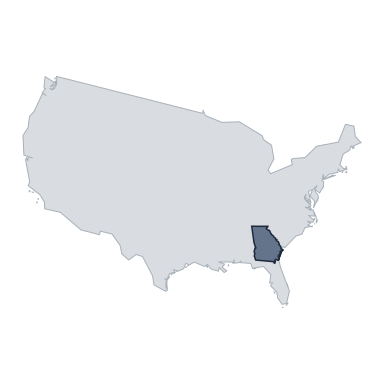 United States of America, with Georgia highlighted
{"feature_id": "USA-3543", "entity_name": "Georgia", "entity_type": "State", "adm_level": 1, "iso_a3": "USA", "parent_name": "United States of America", "parent_adm1": "", "projection": "albers", "projection_center": [-82.629, 32.682], "detail": "fine", "context": "in_parent", "style": "filled", "palette": "slate", "viewbox_px": 384, "rotation_deg": 0, "n_neighbors": 0, "source": "natural_earth", "source_scale": "10m", "svg_char_len": 8148}
<svg xmlns="http://www.w3.org/2000/svg" viewBox="0 0 384 384"><path d="M316.6,146.2L338.4,142.1L345.5,124.3L353.9,126.1L355.3,136.4L361.0,142.6L352.9,146.2L352.7,148.2L351.1,146.0L349.4,150.3L343.2,154.0L339.9,164.8L344.0,168.9L346.5,168.1L345.6,166.2L346.5,167.0L346.9,169.2L339.8,171.5L338.3,169.2L337.8,172.5L329.5,174.1L323.4,178.8L323.9,176.4L323.2,174.9L321.9,180.7L323.7,181.6L323.5,186.4L319.6,192.9L314.8,189.4L317.3,185.3L314.3,188.2L315.8,192.5L317.9,194.8L318.4,197.6L313.4,208.0L314.8,201.5L310.1,195.9L312.6,189.4L308.5,191.5L310.4,200.8L306.2,198.2L304.7,198.5L305.9,195.6L305.8,194.7L304.5,197.0L304.5,199.0L311.0,202.3L309.7,204.0L306.7,200.9L305.6,200.4L309.3,204.1L310.9,204.8L310.1,207.2L308.1,205.5L311.3,208.9L310.6,209.4L309.0,207.7L305.0,207.0L310.1,210.2L313.1,209.9L316.7,218.3L313.6,211.9L314.7,216.1L308.8,215.6L313.2,219.6L315.2,218.2L312.8,222.3L307.1,221.2L310.6,223.1L307.8,225.2L311.3,226.4L305.0,227.6L302.0,234.1L296.0,236.0L284.8,247.7L283.3,246.5L279.0,257.0L278.6,259.6L280.6,267.5L289.4,291.0L286.5,303.5L282.0,304.3L277.6,297.7L276.8,292.1L270.5,285.7L272.6,282.9L269.6,283.0L270.9,274.8L263.7,266.5L252.5,268.3L250.7,263.4L239.8,262.6L241.3,260.8L239.2,262.6L234.2,263.2L234.4,259.5L233.4,262.1L218.4,261.8L224.6,264.1L222.2,267.3L226.8,270.9L224.2,272.5L219.1,267.8L218.5,271.2L211.2,269.1L207.4,264.5L204.7,266.5L194.2,262.1L187.4,266.0L189.1,264.9L185.9,263.3L183.4,268.9L176.3,271.8L178.0,270.9L173.8,269.7L175.0,271.9L169.6,273.7L166.7,279.8L164.6,278.5L166.3,280.5L165.8,286.4L167.4,290.2L165.7,291.3L154.0,284.9L152.6,275.9L142.6,256.6L136.2,254.5L128.7,260.0L121.9,254.0L120.1,245.4L112.0,234.0L100.4,231.2L99.5,234.7L81.0,229.9L60.4,212.3L44.7,208.8L44.5,202.3L39.9,194.7L28.2,185.7L29.7,181.7L25.5,159.6L26.6,157.8L27.9,161.0L28.0,156.6L32.7,158.0L23.9,155.1L23.0,135.5L28.1,127.4L29.5,116.5L34.3,111.1L42.5,93.4L46.4,95.5L42.3,92.8L45.5,88.5L43.9,87.9L45.1,76.7L54.3,82.4L50.3,87.0L55.0,84.4L53.0,88.8L50.2,88.9L51.8,89.8L54.4,88.7L56.7,84.4L56.6,76.4L202.7,113.4L203.1,110.6L205.4,115.6L221.9,122.4L239.4,121.8L262.5,136.0L263.4,139.5L271.5,145.2L273.9,158.9L268.0,170.1L270.7,173.7L292.3,164.6L291.3,159.4L293.2,158.5L305.1,157.6L316.6,146.2ZM332.2,176.2L335.8,175.3L323.2,179.7L333.5,174.8L332.2,176.2ZM55.8,81.0L56.0,84.3L55.7,84.7L54.7,81.9L55.8,81.0ZM167.4,289.2L166.4,283.8L167.0,280.9L166.8,284.0L167.4,289.2ZM353.9,146.5L354.0,148.1L353.4,147.8L353.9,146.5ZM207.4,266.0L207.6,267.3L206.5,266.2L207.4,266.0ZM31.7,192.2L33.4,192.1L33.5,192.3L31.7,192.2ZM30.2,191.1L29.3,191.7L29.1,190.8L30.2,191.1ZM343.2,171.3L342.3,172.5L342.0,172.3L343.2,171.3ZM168.3,278.3L167.0,280.5L169.9,276.3L168.3,278.3ZM286.8,283.2L288.5,287.9L286.5,282.8L286.8,283.2ZM38.2,198.6L38.4,200.0L38.0,198.7L38.2,198.6ZM287.3,304.1L285.9,305.7L288.2,302.5L287.3,304.1ZM317.3,221.2L316.0,223.1L316.9,218.7L317.3,221.2ZM55.3,78.1L55.0,78.9L54.6,78.3L55.3,78.1ZM175.0,272.9L172.4,273.6L175.1,272.5L175.0,272.9ZM346.7,171.4L346.7,172.6L345.6,172.4L346.7,171.4ZM37.0,201.9L37.0,203.6L36.7,202.0L37.0,201.9ZM171.7,274.4L170.7,274.9L171.7,274.1L171.7,274.4ZM317.9,199.5L316.6,202.1L318.1,198.6L317.9,199.5ZM186.5,267.0L184.9,267.7L187.3,266.4L186.5,267.0ZM279.3,258.2L279.0,260.2L278.8,258.8L279.3,258.2ZM311.9,226.7L311.4,227.1L312.8,225.6L311.9,226.7ZM256.5,267.9L254.7,268.9L253.9,268.7L256.5,267.9ZM233.5,262.8L233.2,263.1L232.1,263.0L233.5,262.8ZM274.7,292.3L274.9,293.7L274.3,292.0L274.7,292.3ZM228.6,265.3L228.2,266.5L228.3,264.3L228.6,265.3ZM283.0,307.5L281.9,307.6L283.4,307.2L283.0,307.5ZM323.2,187.3L322.6,188.5L323.3,186.8L323.2,187.3ZM314.9,223.6L314.3,224.0L314.1,224.0L314.9,223.6Z" fill="#d9dde1" stroke="#a8b0b8" stroke-width="1"/><path d="M282.7,249.8L282.8,249.8L283.0,249.8L283.1,250.0L282.7,250.4L282.5,250.2L282.4,250.2L282.4,250.3L282.2,250.4L282.3,250.6L282.5,250.7L282.3,251.0L282.2,251.1L281.9,251.0L281.6,251.0L281.5,250.9L281.4,250.8L281.4,250.7L281.2,250.8L281.3,250.8L281.4,251.0L281.1,251.1L281.4,251.2L281.6,251.4L281.8,251.4L281.7,251.5L281.4,252.0L281.2,252.1L280.9,252.1L280.7,252.1L280.3,251.9L280.2,251.9L280.2,252.0L280.3,252.1L280.5,252.1L280.7,252.3L280.4,252.7L280.3,252.8L280.3,253.0L280.0,253.5L279.9,253.5L279.9,253.8L279.8,254.0L279.8,254.3L279.6,254.5L279.9,255.2L279.8,255.3L279.2,255.2L278.9,255.0L278.7,255.1L278.9,255.2L279.2,255.4L279.5,255.4L279.8,255.4L279.9,255.5L280.2,255.7L280.3,255.8L280.2,256.1L279.8,256.6L279.6,256.8L279.3,256.9L279.3,256.3L279.2,256.3L279.0,256.5L279.1,256.8L279.1,257.0L278.8,256.9L278.7,257.0L278.8,257.1L279.0,257.2L279.2,257.4L279.2,257.2L279.4,257.0L279.2,257.8L279.1,257.6L278.8,257.3L278.6,257.3L279.0,257.7L279.1,257.8L279.0,258.0L278.9,258.1L278.6,258.1L279.0,258.2L279.1,258.3L278.8,258.6L278.7,258.7L278.7,258.9L278.7,259.0L278.8,259.1L278.7,259.2L278.6,259.3L278.7,259.5L278.8,259.7L278.8,259.8L278.8,260.0L278.7,260.2L278.8,260.3L278.6,260.2L278.4,260.3L278.0,260.2L277.9,260.2L277.7,260.2L277.2,260.0L277.0,259.9L276.8,259.9L276.2,259.6L275.7,259.4L275.6,259.5L275.4,259.8L275.3,259.7L275.2,259.7L275.2,259.8L275.1,260.0L275.1,260.4L275.0,260.7L275.0,260.8L275.1,261.0L275.3,261.3L275.3,261.5L275.2,262.0L275.0,262.6L275.0,262.9L275.0,263.0L274.8,263.1L274.5,263.0L274.2,263.1L274.0,262.9L273.9,262.6L274.0,262.2L273.9,262.1L273.7,261.8L273.7,261.7L256.2,260.1L255.8,260.1L255.5,259.8L255.4,259.2L255.4,258.9L255.3,258.7L255.2,258.5L255.1,258.2L254.9,258.0L254.9,257.9L255.0,257.8L255.0,257.7L254.9,257.5L254.8,257.2L254.7,256.8L254.5,256.6L254.4,256.5L254.3,256.4L254.3,256.0L254.3,255.7L254.4,255.4L254.5,254.8L254.5,254.5L254.7,254.3L254.6,254.1L254.6,253.9L254.8,253.6L254.7,253.5L254.7,253.3L254.7,253.0L254.6,252.8L254.4,252.5L254.3,252.4L254.2,251.5L254.1,251.3L254.3,250.7L254.4,250.4L254.7,250.0L254.7,249.9L254.8,249.7L254.7,249.5L254.7,249.3L254.8,249.2L254.8,248.8L255.0,248.6L255.2,248.4L255.4,248.3L255.4,248.2L255.5,248.2L255.7,247.9L255.8,247.9L255.8,247.7L255.4,247.4L255.2,247.3L255.2,247.1L255.4,247.0L255.3,246.9L255.4,246.7L255.3,246.1L255.2,245.9L255.1,245.7L254.7,245.0L254.7,244.9L254.6,244.7L254.5,244.3L254.5,244.1L254.4,243.9L254.4,243.7L254.2,243.4L254.2,243.1L254.0,242.5L254.0,242.4L253.6,240.1L253.6,239.6L252.5,231.9L252.0,228.0L251.7,226.2L253.2,226.2L256.5,226.3L260.0,226.3L267.9,226.3L267.8,226.8L267.6,226.8L267.2,227.2L267.1,227.3L266.9,227.5L266.6,227.7L266.6,227.9L266.5,228.1L266.4,228.3L266.3,228.6L266.5,228.9L267.1,229.3L267.3,229.4L267.5,229.4L267.6,229.5L267.8,229.7L268.0,229.9L268.1,230.0L268.3,230.3L268.5,230.4L269.3,230.4L269.6,230.6L269.6,230.8L269.7,231.0L269.8,231.3L270.2,231.9L270.2,232.1L270.4,232.8L270.6,233.1L270.8,233.2L270.9,233.4L271.0,233.6L271.2,233.8L271.3,233.9L271.4,234.3L271.4,234.5L271.5,234.6L271.8,234.6L272.0,234.9L272.1,235.1L272.3,235.2L272.6,235.3L272.8,235.5L273.1,235.7L273.4,236.0L273.6,236.2L273.7,236.6L273.8,236.7L273.9,237.1L274.1,237.3L274.4,237.5L274.7,237.6L274.8,237.6L275.2,238.1L275.4,238.2L275.6,238.4L275.7,238.5L275.8,238.9L275.7,238.9L275.7,239.1L275.7,239.3L276.0,239.7L276.3,239.7L276.2,239.8L276.3,239.9L276.3,240.0L276.2,240.1L276.3,240.3L276.6,240.4L276.8,240.5L276.8,240.8L277.1,241.1L277.6,241.4L277.9,241.5L278.1,241.7L278.2,241.8L278.4,241.8L278.5,242.0L278.6,242.3L278.6,242.5L278.6,242.8L279.0,243.3L279.1,243.6L279.1,243.8L279.2,244.0L279.2,244.3L279.1,244.5L279.3,244.7L279.2,245.0L279.3,245.2L279.5,245.4L279.6,245.5L279.8,245.5L280.1,245.8L280.3,245.9L280.4,246.0L280.6,246.2L280.6,246.3L280.6,246.6L280.8,247.2L280.9,247.3L281.0,247.4L281.1,247.5L281.1,247.8L281.0,248.0L280.9,248.4L280.9,248.5L281.1,248.8L281.1,249.0L281.4,249.3L281.5,249.3L281.9,249.3L282.0,249.3L282.3,249.5L282.5,249.7L282.6,249.8L282.7,249.8ZM280.4,254.0L280.5,253.8L280.7,253.7L280.8,253.8L280.7,254.1L280.6,254.4L280.5,254.5L280.3,254.9L280.2,254.9L280.0,254.7L280.2,254.3L280.4,254.0ZM278.9,259.5L278.9,259.3L278.8,259.0L278.9,258.8L279.2,258.5L279.2,258.2L279.3,258.2L279.3,258.6L279.2,258.8L279.2,259.1L279.1,259.4L279.0,259.6L279.1,259.9L279.1,260.1L278.9,259.5ZM281.0,252.7L281.0,252.4L281.2,252.5L281.1,252.8L281.2,253.0L281.0,253.5L280.9,253.4L280.9,253.2L280.8,252.9L281.0,252.7Z" fill="#64748b" stroke="#1e293b" stroke-width="1.5"/></svg>